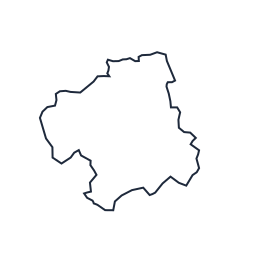 outline of Razgrad, rotated 301°
{"feature_id": "BGR-2256", "entity_name": "Razgrad", "entity_type": "Province", "adm_level": 1, "iso_a3": "BGR", "parent_name": "Bulgaria", "parent_adm1": "", "projection": "albers", "projection_center": [26.578, 43.648], "detail": "fine", "context": "isolated", "style": "outline", "palette": "slate", "viewbox_px": 256, "rotation_deg": 301, "n_neighbors": 0, "source": "natural_earth", "source_scale": "10m", "svg_char_len": 1192}
<svg xmlns="http://www.w3.org/2000/svg" viewBox="0 0 256 256"><g transform="rotate(301 128 128)"><path d="M207.9,113.9L210.3,122.5L205.5,126.8L192.9,143.9L189.9,142.1L187.7,138.5L185.4,138.7L183.3,139.7L178.5,145.2L172.8,150.5L167.8,154.2L171.0,159.5L168.3,164.6L161.0,167.0L154.4,171.5L153.4,178.2L156.1,183.7L154.4,191.2L150.3,190.1L146.3,190.1L145.5,200.4L141.4,201.7L137.1,202.4L130.2,209.6L125.5,209.7L120.9,207.6L108.6,207.6L107.2,199.8L108.2,189.5L98.3,186.2L86.6,184.6L84.0,183.0L81.7,181.1L84.7,171.8L76.8,163.4L66.9,157.3L58.3,154.6L49.9,157.7L45.8,150.7L46.4,141.4L46.1,139.3L45.7,137.5L46.7,136.4L47.5,135.0L47.1,128.9L49.3,124.1L51.8,126.3L54.4,129.0L61.6,123.5L71.6,125.1L74.1,120.8L76.8,114.9L80.7,112.8L80.3,101.9L83.7,97.2L79.1,94.6L73.2,94.1L63.3,89.3L63.8,78.6L72.6,73.1L76.8,63.1L91.3,47.3L98.0,46.3L104.4,48.1L109.6,53.9L115.1,52.3L120.0,48.6L124.4,50.7L127.8,55.5L129.3,60.1L133.8,68.8L150.1,74.6L156.6,75.3L160.0,80.4L162.7,85.3L164.2,82.1L167.2,81.6L170.6,80.2L173.3,76.0L176.2,75.6L177.5,80.7L180.6,85.6L184.1,88.2L186.1,91.2L188.9,93.7L189.0,99.7L191.0,102.8L194.4,100.5L197.6,102.4L202.2,109.3L207.9,113.9Z" fill="none" stroke="#1e293b" stroke-width="2"/></g></svg>